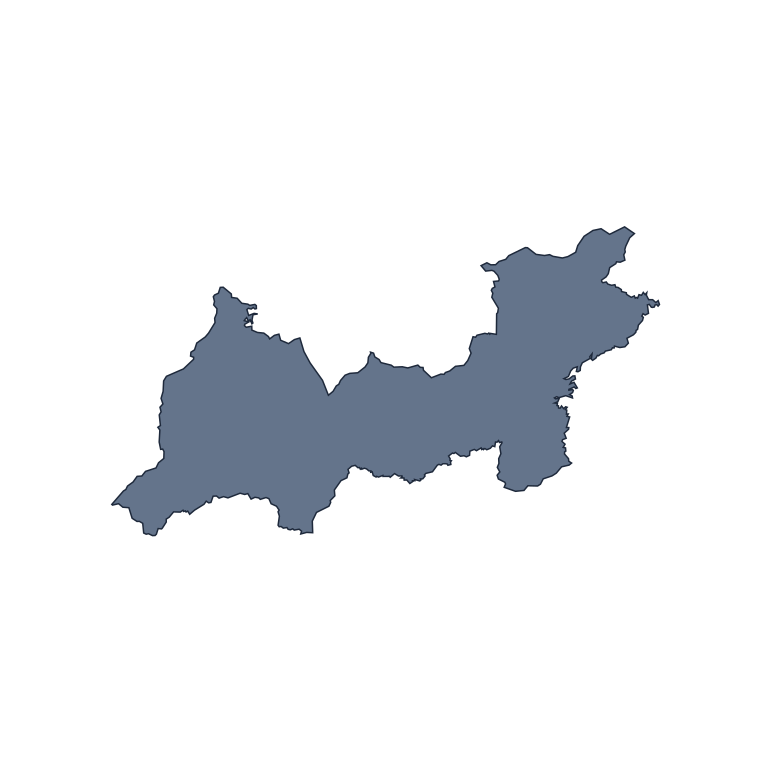 Mushindano, North-Western, Zambia (Natural Earth projection), rotated 234°
{"feature_id": "96606910B46264133370016", "entity_name": "Mushindano", "entity_type": "district", "adm_level": 2, "iso_a3": "ZMB", "parent_name": "Zambia", "parent_adm1": "North-Western", "projection": "natural_earth1", "projection_center": [26.828, -12.5], "detail": "fine", "context": "isolated", "style": "filled", "palette": "slate", "viewbox_px": 768, "rotation_deg": 234, "n_neighbors": 0, "source": "geoboundaries", "source_scale": "gbopen_adm2", "svg_char_len": 6168}
<svg xmlns="http://www.w3.org/2000/svg" viewBox="0 0 768 768"><g transform="rotate(234 384 384)"><path d="M556.8,310.8L558.4,308.3L554.8,303.4L555.6,299.2L554.9,297.2L550.4,295.4L548.1,292.7L543.1,293.1L539.6,290.3L536.7,285.6L533.0,283.4L528.3,272.0L527.1,267.0L527.2,256.6L523.0,250.8L523.2,246.5L520.3,243.9L517.5,245.7L515.9,244.5L514.1,230.6L518.1,212.5L516.0,207.5L507.9,201.0L503.4,195.2L497.8,193.4L496.9,189.1L492.5,187.3L491.1,184.0L481.8,178.7L481.9,175.6L478.5,175.6L469.2,168.0L462.4,164.9L461.4,166.7L458.6,166.3L453.2,162.1L452.8,155.3L450.1,150.2L453.5,139.7L451.9,134.0L454.4,130.0L452.2,123.4L452.2,116.5L450.4,113.2L450.6,110.3L446.6,93.0L445.6,93.2L443.2,98.9L437.8,100.3L433.9,104.9L423.4,101.3L418.0,103.4L416.6,105.4L413.1,106.9L404.7,102.0L402.3,103.3L401.3,105.5L397.4,107.6L396.0,109.7L396.3,111.6L399.8,116.3L397.5,118.9L397.7,120.0L400.3,126.7L402.7,128.4L402.5,131.9L404.2,138.6L400.1,143.9L400.0,147.2L398.6,147.0L398.1,148.7L396.8,148.6L396.5,150.5L392.8,150.2L393.3,156.6L392.5,167.7L393.7,171.3L390.9,172.3L389.9,174.4L393.7,179.8L391.8,182.7L388.6,183.5L387.2,188.0L383.6,190.8L380.2,203.4L376.5,206.4L375.4,209.4L369.0,208.8L368.2,213.0L365.5,215.7L363.4,216.1L361.5,221.8L358.9,223.5L353.5,222.3L348.3,225.2L343.7,225.0L342.9,223.2L338.6,221.7L332.0,215.3L330.1,215.3L329.2,217.0L326.6,217.8L324.9,221.1L322.8,221.0L321.1,222.5L320.5,225.0L318.6,225.5L316.4,230.0L313.4,230.8L311.6,228.5L309.4,234.2L305.6,238.9L315.2,245.4L319.8,253.9L317.5,267.6L319.5,271.2L321.3,272.0L322.4,278.5L327.4,281.5L331.1,292.4L329.9,298.9L332.4,301.8L332.6,303.5L336.1,304.7L336.5,309.5L335.1,312.9L331.6,313.7L330.8,315.1L329.0,314.8L329.0,316.3L328.1,316.0L327.4,318.6L325.6,320.0L322.6,320.7L321.3,322.3L320.4,321.4L319.8,322.8L316.3,321.5L313.4,322.9L313.6,323.8L311.9,324.9L310.7,329.4L309.8,328.9L306.0,334.2L304.9,334.2L305.3,339.9L301.1,341.6L299.1,344.5L298.2,344.1L298.1,342.4L296.2,344.9L294.4,343.8L292.9,346.0L288.3,346.4L288.2,350.2L288.9,350.3L287.6,352.1L288.8,352.6L284.5,356.0L284.7,357.5L285.8,357.7L284.5,359.6L285.4,363.1L286.7,363.3L287.1,365.3L284.5,371.6L287.0,379.5L286.7,381.2L284.8,382.5L284.9,384.7L283.6,386.6L282.2,388.1L280.7,387.9L279.6,390.8L281.9,392.0L282.3,393.4L283.5,392.5L284.7,393.6L287.8,393.9L287.9,398.8L286.7,399.7L286.7,401.5L280.6,403.4L278.9,406.6L276.7,407.8L276.0,411.3L279.2,414.0L278.0,418.6L275.7,419.6L275.2,425.0L273.6,424.5L273.4,426.1L272.5,425.9L272.5,427.7L270.4,428.5L269.5,432.2L270.2,435.4L268.2,436.8L271.5,440.1L270.5,441.3L270.9,443.4L268.8,443.0L267.9,445.2L267.1,444.9L265.2,440.7L258.9,437.6L256.2,432.9L252.2,430.3L250.0,426.7L244.8,426.0L243.7,421.9L239.9,420.7L233.5,424.0L231.7,423.6L229.8,420.5L219.9,427.3L215.6,434.7L217.1,440.6L211.2,448.3L211.0,451.7L213.7,457.1L210.9,465.9L210.6,471.0L212.6,479.0L209.6,486.1L209.8,489.3L212.9,488.1L215.2,489.4L221.3,488.9L223.0,490.3L222.8,491.6L225.6,493.3L227.4,491.7L228.9,495.1L232.9,494.2L234.0,495.7L233.0,499.5L238.3,500.9L238.9,506.7L240.1,507.9L241.6,506.0L248.2,514.8L250.3,513.0L251.5,515.4L252.4,513.9L255.4,516.5L256.7,515.7L257.5,518.5L258.8,517.6L258.5,514.9L261.9,514.7L260.9,512.3L262.0,511.1L263.8,512.3L264.9,511.3L266.4,512.9L268.3,510.9L267.5,514.2L269.4,517.4L271.2,514.0L272.6,513.7L272.2,516.3L270.2,517.4L267.7,524.2L261.9,528.3L263.7,529.2L266.4,527.9L266.2,531.5L267.5,533.4L268.6,533.3L270.3,529.9L271.0,530.4L269.8,536.1L267.6,536.5L267.2,538.1L273.7,538.7L274.7,534.5L276.1,537.4L275.5,541.8L278.4,543.2L279.5,541.5L279.4,536.6L280.7,533.8L282.6,532.7L281.7,537.6L284.8,542.7L285.6,546.4L284.3,550.5L281.1,547.0L279.9,548.1L279.6,550.7L282.4,553.0L284.6,556.9L283.5,565.9L285.1,566.4L286.1,570.0L282.2,566.3L280.5,566.7L280.4,570.7L281.7,573.4L280.7,574.2L280.9,577.0L279.8,580.4L280.5,582.4L278.1,588.0L279.0,590.1L277.9,591.3L279.2,592.7L274.9,596.2L272.5,600.8L273.4,605.7L278.2,607.4L277.2,614.7L277.8,618.1L279.2,619.5L279.1,621.2L282.1,624.4L283.4,630.4L285.5,633.0L287.4,632.5L288.6,634.9L286.3,635.8L285.7,639.5L293.2,643.6L292.5,645.4L289.0,645.4L288.1,646.3L287.4,648.0L288.6,649.7L287.9,651.3L285.9,651.5L286.4,653.6L290.3,654.8L290.1,651.8L294.3,650.9L296.7,647.7L301.7,648.5L303.4,650.2L302.9,647.8L305.7,647.6L304.4,644.5L306.4,642.8L304.4,639.6L305.6,639.1L305.8,637.7L308.1,638.3L308.8,635.0L313.9,632.9L315.4,633.7L319.2,630.5L320.9,631.5L324.6,630.1L326.1,628.4L328.6,629.2L330.1,626.1L333.3,623.8L335.9,623.8L337.3,620.6L338.9,620.3L340.2,621.1L340.1,626.6L341.4,630.3L345.5,635.0L345.1,642.3L346.2,643.9L343.7,646.7L342.6,651.7L347.6,653.9L349.0,656.8L351.2,657.8L353.4,660.6L357.9,668.8L358.5,675.0L369.7,671.0L372.5,654.5L382.0,650.9L385.4,643.3L385.9,632.7L382.1,622.1L377.9,616.5L379.0,607.6L381.1,602.4L388.0,595.7L391.3,594.0L393.6,589.4L399.5,583.2L409.9,580.2L411.3,578.5L414.5,560.4L413.3,555.8L415.5,549.1L414.9,544.4L417.6,540.5L421.6,538.5L422.7,532.1L415.6,532.6L412.5,538.1L410.6,539.3L405.0,539.9L401.0,538.8L400.0,537.3L402.6,532.9L397.3,530.8L397.7,527.8L396.7,525.9L393.5,525.4L390.8,522.2L378.1,521.1L374.9,517.9L374.6,516.4L358.1,504.1L362.4,499.8L362.1,498.9L363.6,498.8L363.6,497.2L365.7,495.4L368.8,487.9L368.0,485.6L369.9,483.8L362.5,473.8L357.8,472.6L353.7,465.5L352.1,459.6L356.3,452.2L355.9,444.8L357.2,440.4L356.5,438.3L358.6,435.8L361.2,426.0L371.9,424.0L374.4,425.3L376.2,423.1L379.4,422.5L383.0,412.7L387.2,408.9L391.8,401.9L395.0,400.9L403.1,394.1L406.7,394.4L411.3,392.5L415.1,393.7L417.7,391.8L416.5,391.3L414.8,387.1L410.6,383.4L408.9,378.7L408.5,369.4L412.7,362.6L414.0,357.7L412.4,350.9L410.3,347.2L410.5,344.3L408.0,338.5L407.6,332.4L423.1,336.4L444.5,336.6L457.3,338.3L470.7,343.0L472.6,337.6L472.8,330.5L480.1,326.1L486.1,328.3L487.8,323.9L487.7,318.0L490.3,318.4L495.8,316.7L500.1,311.9L505.3,308.8L508.5,311.0L510.9,305.9L513.2,305.4L514.2,306.4L513.7,311.2L517.4,308.2L518.0,309.7L518.4,311.9L514.8,311.3L514.7,313.5L510.3,312.5L510.4,313.8L513.2,314.7L517.0,318.7L514.9,323.0L517.5,320.4L519.0,314.8L524.8,316.8L525.0,318.7L522.7,320.6L522.7,323.1L520.5,323.7L520.0,325.1L522.5,326.8L524.3,326.3L526.5,321.6L528.6,320.8L532.9,316.4L539.7,315.6L543.6,311.6L546.6,313.4L556.8,310.8Z" fill="#64748b" stroke="#1e293b" stroke-width="1.5"/></g></svg>